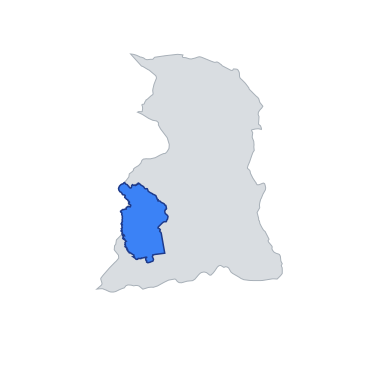 Mbomou highlighted on a map of Central African Republic, rotated 117°
{"feature_id": "CAF-868", "entity_name": "Mbomou", "entity_type": "Prefecture", "adm_level": 1, "iso_a3": "CAF", "parent_name": "Central African Republic", "parent_adm1": "", "projection": "equal_earth", "projection_center": [23.723, 5.441], "detail": "fine", "context": "in_parent", "style": "filled", "palette": "blue", "viewbox_px": 384, "rotation_deg": 117, "n_neighbors": 0, "source": "natural_earth", "source_scale": "10m", "svg_char_len": 9227}
<svg xmlns="http://www.w3.org/2000/svg" viewBox="0 0 384 384"><g transform="rotate(117 192 192)"><path d="M254.6,136.4L257.5,137.4L258.0,138.6L257.2,142.6L257.8,145.0L259.5,147.1L261.1,148.0L262.7,148.5L268.3,149.8L270.7,151.2L273.7,155.9L277.6,160.1L278.6,162.4L278.4,164.4L277.2,166.9L277.4,167.9L279.2,170.3L281.2,172.9L284.9,175.7L291.4,180.1L294.4,183.1L295.4,185.3L297.0,187.7L299.3,190.0L300.9,191.7L299.8,196.5L300.1,198.1L300.7,199.5L302.1,201.4L302.6,203.9L303.9,206.9L305.5,208.3L308.2,208.8L309.6,210.3L312.5,212.7L315.3,214.8L316.6,216.3L317.3,217.5L318.0,219.1L318.3,220.6L318.4,223.9L318.8,227.9L320.4,230.7L321.8,232.8L316.0,230.4L315.1,230.4L314.1,230.8L311.1,233.7L310.2,234.1L306.4,233.4L297.2,231.1L290.1,228.9L288.0,228.1L284.2,227.3L281.7,228.8L279.3,234.1L278.7,235.1L275.0,236.6L273.2,236.2L269.0,237.6L262.4,235.5L260.1,235.9L258.2,237.0L253.5,239.4L250.6,240.7L247.3,241.9L244.1,243.8L242.0,244.8L239.9,244.8L238.0,243.8L235.9,242.8L233.5,242.7L230.9,243.2L228.7,245.3L227.9,246.8L226.0,250.7L223.7,257.1L222.8,258.4L222.0,259.1L211.7,255.9L207.3,255.1L204.3,256.1L200.6,254.3L198.9,254.0L198.2,254.6L196.1,253.8L192.7,251.6L189.4,250.7L186.5,251.0L184.7,250.2L183.3,248.1L181.4,244.2L178.1,240.3L173.6,237.2L170.8,234.9L169.7,233.3L167.3,232.5L163.6,232.3L160.0,233.8L154.9,238.7L150.1,248.6L147.5,252.4L145.4,253.4L144.8,255.8L145.9,259.6L146.1,264.0L145.4,271.4L145.6,276.8L144.5,275.9L143.4,273.4L142.9,272.9L139.8,274.0L138.2,275.1L137.3,276.1L136.6,276.2L135.6,274.8L134.9,274.6L133.6,274.8L132.4,274.8L131.5,274.6L131.0,274.8L129.5,273.9L124.2,271.9L123.2,271.2L122.2,271.2L119.4,273.1L117.9,273.6L113.4,274.7L108.6,275.2L106.8,275.3L105.6,276.1L104.8,277.2L103.2,284.1L102.9,285.3L102.9,287.0L102.5,292.5L102.7,294.3L96.9,309.4L96.0,306.9L95.4,303.9L95.2,300.5L95.3,299.6L94.9,298.6L94.5,295.9L94.9,294.1L94.6,292.2L93.4,290.4L92.4,288.9L91.9,287.7L91.4,287.1L90.3,286.9L88.8,286.3L82.5,277.4L75.9,267.4L74.6,264.1L74.0,262.3L75.6,262.1L76.1,261.7L76.1,260.9L75.1,258.3L74.6,255.0L73.8,253.0L71.2,250.0L68.8,247.7L68.0,246.5L67.6,244.8L66.7,234.0L66.3,230.9L65.5,229.6L64.9,229.0L64.7,228.2L64.8,226.3L65.2,224.6L65.2,223.9L65.8,222.4L65.9,212.4L65.1,211.0L63.6,211.0L62.9,209.6L62.2,207.7L62.4,206.4L63.8,204.4L64.8,203.6L67.6,202.0L68.4,201.2L68.9,200.3L69.2,198.9L70.9,193.8L73.4,188.7L74.4,187.7L76.9,180.1L77.5,178.2L77.9,176.3L78.7,174.8L81.4,172.2L83.4,167.8L85.6,168.0L87.8,168.7L90.7,169.1L93.0,168.2L94.4,166.5L101.4,163.5L101.9,161.1L103.0,159.8L104.3,158.7L104.8,158.6L104.9,159.4L105.6,161.8L107.2,164.3L109.5,167.0L110.2,166.9L111.6,164.8L115.3,163.5L116.2,163.0L118.8,160.0L121.9,158.1L123.7,157.4L126.8,155.4L129.1,155.7L132.6,155.3L138.6,154.4L142.9,154.1L145.1,153.7L145.7,153.3L146.5,150.4L147.2,149.6L148.8,148.4L152.0,144.1L154.1,140.4L154.7,139.1L155.1,138.9L156.0,137.3L155.2,135.7L151.6,132.5L151.7,132.0L151.5,131.5L151.7,131.0L153.0,129.7L154.9,128.2L156.8,127.6L161.9,127.8L166.2,127.4L167.3,127.5L170.6,126.8L172.9,126.1L175.3,124.5L180.7,124.7L185.2,120.7L186.5,120.0L187.0,119.4L187.2,118.8L189.3,117.2L191.7,113.9L193.5,111.0L194.0,108.9L199.1,101.9L200.9,102.1L201.8,101.2L203.8,96.5L204.4,95.7L206.5,94.9L207.5,93.5L208.4,91.4L208.4,88.9L208.0,86.8L208.0,85.8L208.5,84.9L209.3,84.0L213.1,81.5L214.1,80.3L214.7,79.2L215.8,79.0L216.9,79.1L217.7,78.4L218.5,77.3L221.2,75.8L223.7,74.6L226.3,75.1L230.9,76.6L232.3,79.9L233.0,81.1L238.8,89.0L239.9,90.9L242.8,96.6L244.6,100.4L246.6,106.0L246.8,109.0L246.5,111.6L246.1,118.9L245.6,121.0L243.0,125.0L242.9,126.8L243.4,128.3L244.2,128.9L244.7,129.6L244.4,133.0L245.3,134.4L247.2,135.3L252.1,135.9L254.6,136.4Z" fill="#d9dde1" stroke="#a8b0b8" stroke-width="1"/><path d="M262.3,233.9L262.0,233.8L261.9,233.5L261.7,232.7L261.6,232.4L261.3,232.8L261.0,233.5L260.9,234.0L261.1,234.3L261.6,234.4L261.6,234.8L261.4,235.1L261.0,235.4L259.6,235.7L259.4,235.9L259.1,236.7L259.1,237.0L259.0,237.5L258.8,237.6L258.7,237.6L258.6,237.0L258.3,236.8L257.8,236.9L257.5,237.2L256.9,238.2L256.7,238.4L256.4,238.3L256.1,237.9L255.8,237.8L255.4,237.9L255.1,238.2L254.6,238.7L253.6,239.4L253.2,239.7L252.9,239.3L252.8,239.2L252.7,239.3L252.6,239.5L252.5,240.0L252.6,240.3L252.6,240.7L252.1,240.7L251.3,240.4L251.1,240.5L250.9,240.7L250.8,240.8L250.0,240.6L249.6,240.7L248.8,241.5L248.4,241.7L247.5,241.9L247.1,242.0L246.3,242.6L245.4,242.9L245.0,243.2L243.8,244.5L243.4,244.6L242.9,244.7L242.6,244.9L242.4,245.3L242.2,245.8L242.2,246.5L241.9,246.8L241.6,246.8L241.4,246.9L241.1,246.6L240.7,246.4L240.4,246.4L240.0,246.3L239.6,245.9L238.9,245.6L238.7,244.8L237.8,244.1L237.3,243.2L237.0,242.8L236.1,243.4L235.6,243.5L235.2,243.3L234.7,242.8L234.5,242.7L234.2,242.6L233.8,242.1L233.8,241.7L233.6,241.2L233.3,240.4L233.2,240.2L232.9,240.2L232.2,240.6L231.9,240.6L231.7,240.5L231.4,240.8L231.3,241.1L231.3,241.4L231.4,241.8L231.5,242.1L231.4,242.3L230.9,242.8L230.7,243.5L230.4,243.5L229.7,243.0L229.3,243.2L229.1,243.6L228.9,244.5L228.8,244.9L228.6,245.2L228.4,245.5L228.1,245.8L228.1,246.1L228.2,246.9L227.9,247.8L227.6,248.1L227.6,248.3L227.6,248.9L227.5,249.2L227.4,249.5L227.1,249.6L226.7,249.7L225.8,249.7L225.5,249.9L225.3,250.6L225.4,251.3L225.5,251.9L225.8,252.4L225.9,252.6L225.8,252.9L225.6,253.2L225.4,253.4L225.1,253.5L225.0,253.8L224.4,255.2L224.4,255.5L224.5,256.1L224.5,256.3L224.4,256.6L224.0,257.1L223.8,257.6L223.5,258.0L222.7,258.7L222.1,259.1L219.7,259.3L217.7,258.7L217.3,258.3L216.8,258.1L216.6,257.9L216.1,257.2L215.8,257.1L214.7,256.8L214.3,256.5L214.4,256.0L214.4,255.7L214.8,255.2L214.9,254.9L215.0,254.6L214.9,253.3L214.9,252.9L215.0,252.7L215.4,252.1L215.5,252.0L215.5,251.4L215.7,250.9L216.3,250.0L216.5,248.9L216.2,248.3L215.6,248.1L214.8,248.2L213.6,248.7L213.1,248.5L212.6,248.4L212.4,248.3L212.4,248.1L212.7,247.7L212.7,247.4L212.5,247.0L211.9,246.4L211.8,245.8L212.0,245.5L211.9,245.4L211.7,245.4L211.5,245.6L211.3,245.3L211.1,244.8L210.8,245.0L210.5,245.0L210.1,244.6L210.0,244.2L209.6,244.3L209.5,244.2L209.4,243.9L209.1,244.1L208.7,244.1L208.4,243.9L208.3,243.4L208.4,243.2L208.6,242.9L208.5,242.5L208.7,241.4L209.0,240.9L209.0,240.5L209.2,237.6L209.4,237.3L210.1,236.1L210.3,235.6L210.3,235.0L210.1,234.6L209.5,233.8L209.4,233.4L209.6,233.1L210.3,232.3L210.8,231.8L211.1,231.5L211.2,231.1L211.5,229.5L211.5,226.6L211.5,226.4L211.7,226.0L211.8,225.6L211.7,225.4L211.6,225.2L211.6,224.3L211.6,222.6L212.7,221.4L213.1,220.8L213.3,220.6L213.6,220.4L213.9,220.1L214.3,219.5L214.5,219.1L214.1,219.2L214.2,218.6L214.6,218.5L215.0,218.5L215.3,218.4L215.1,217.5L214.7,216.8L214.7,216.6L214.7,216.1L215.1,215.1L215.2,214.1L215.1,212.2L215.2,211.4L215.9,210.3L216.0,209.8L215.8,209.5L215.8,209.3L215.9,209.2L216.1,209.0L216.4,208.7L218.3,207.2L218.6,207.1L218.9,207.1L219.0,207.2L219.3,207.6L219.6,207.8L220.3,207.6L220.6,207.6L221.0,207.7L221.3,207.7L221.6,207.5L222.8,206.6L223.1,206.3L223.5,205.3L223.8,203.9L224.2,203.0L224.5,202.5L224.8,202.2L227.4,201.5L227.8,201.6L228.4,201.7L228.7,201.7L229.5,201.5L229.8,201.5L230.1,201.5L230.4,201.9L230.8,202.7L231.1,203.2L231.7,203.8L233.3,204.5L238.5,206.2L239.1,206.1L239.5,206.0L239.5,205.8L239.5,205.1L239.6,204.7L239.5,204.2L239.8,203.6L240.0,203.1L240.4,203.0L240.7,203.2L240.9,203.2L241.3,203.1L241.6,203.0L241.8,202.7L242.0,201.7L242.4,201.0L242.7,200.7L258.9,188.5L264.5,196.7L265.9,198.3L266.1,198.1L266.3,198.0L266.6,198.0L267.2,198.1L267.5,198.0L267.9,197.7L269.1,196.1L269.6,195.7L269.9,195.6L271.0,195.5L271.4,195.5L271.6,195.7L272.2,196.3L272.5,196.7L273.0,197.0L273.7,197.6L274.6,198.7L274.9,199.0L275.1,199.4L275.1,199.7L275.1,200.2L275.1,200.6L274.9,200.8L274.7,200.9L274.3,200.9L274.1,201.0L273.9,201.1L273.8,201.5L273.7,202.2L273.6,202.3L272.9,202.7L272.4,203.1L272.1,203.2L271.8,203.1L271.5,203.0L270.8,202.7L270.7,202.8L270.9,203.4L273.5,206.4L273.8,207.1L274.3,207.2L274.5,207.2L274.6,207.4L274.7,207.5L274.7,207.9L274.8,208.2L275.2,208.7L275.4,209.2L275.5,209.5L275.6,209.8L275.8,209.9L276.2,209.8L276.5,209.9L276.8,210.1L277.2,210.8L277.3,211.2L277.3,211.6L276.9,212.3L276.8,213.0L276.7,213.5L276.7,214.0L276.5,214.9L276.2,214.1L275.9,214.0L275.6,214.6L275.3,214.8L275.0,214.9L274.5,215.2L274.5,215.3L274.6,215.7L274.6,215.9L274.5,216.5L274.5,217.2L274.4,217.6L274.3,217.8L274.4,218.3L274.4,218.5L274.2,218.8L274.2,219.0L274.3,219.5L274.5,219.8L274.1,220.1L274.1,220.3L274.5,220.5L274.2,220.9L274.1,221.1L274.1,221.8L273.9,222.1L273.6,222.3L273.4,222.6L273.1,222.7L272.9,222.8L272.9,223.1L273.1,223.5L273.0,223.8L272.7,223.9L272.4,224.1L272.1,224.0L272.0,224.3L271.9,224.5L271.6,224.7L271.5,224.8L271.5,225.3L271.4,225.3L271.3,225.2L271.2,225.2L271.2,225.9L271.1,226.7L271.1,226.8L270.8,226.7L270.5,226.4L270.4,226.4L270.3,226.5L270.0,227.1L269.8,227.2L269.5,227.3L269.4,227.4L269.4,227.9L269.3,228.0L269.2,228.0L268.8,227.8L268.7,227.7L268.3,227.9L268.2,228.0L268.0,228.4L267.8,228.6L267.6,228.7L267.0,228.6L266.5,228.6L266.1,228.7L265.8,228.4L265.7,228.9L265.4,229.1L265.4,229.7L265.1,230.1L265.1,230.8L264.9,230.7L264.7,230.5L264.5,230.8L264.4,231.0L264.5,231.4L264.4,231.7L264.4,231.9L264.4,232.0L264.5,232.1L264.9,232.2L264.9,232.4L264.8,232.6L264.6,232.8L264.4,232.8L264.2,232.7L263.9,232.4L263.7,232.5L263.3,233.0L262.9,232.8L262.4,233.0L262.3,233.3L262.3,233.7L262.3,233.9Z" fill="#3b82f6" stroke="#1e3a8a" stroke-width="1.5"/></g></svg>